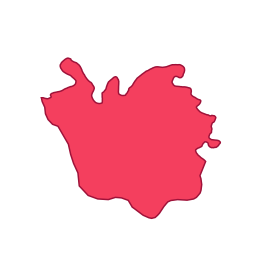 Junggang, Chagang-do, North Korea, rotated 20°
{"feature_id": "82179303B78642437827574", "entity_name": "Junggang", "entity_type": "district", "adm_level": 2, "iso_a3": "PRK", "parent_name": "North Korea", "parent_adm1": "Chagang-do", "projection": "robinson", "projection_center": [126.877, 41.668], "detail": "fine", "context": "isolated", "style": "filled", "palette": "rose", "viewbox_px": 256, "rotation_deg": 20, "n_neighbors": 0, "source": "geoboundaries", "source_scale": "gbopen_adm2", "svg_char_len": 5708}
<svg xmlns="http://www.w3.org/2000/svg" viewBox="0 0 256 256"><g transform="rotate(20 128 128)"><path d="M159.2,201.0L159.9,201.1L172.1,204.8L178.4,205.2L181.1,204.8L184.1,202.8L185.6,200.0L186.7,197.3L188.6,189.4L190.6,183.9L193.0,181.5L199.1,178.3L208.2,175.6L214.0,172.2L216.0,169.8L217.1,167.0L218.0,164.4L217.9,161.6L216.6,155.9L213.8,150.6L211.9,148.2L212.4,132.9L211.1,132.2L209.5,131.6L206.7,130.9L204.9,130.1L203.6,129.7L202.6,129.2L202.2,128.8L201.5,128.5L200.7,127.9L200.0,127.1L199.5,126.6L199.4,126.4L199.2,125.8L199.1,125.2L199.9,123.9L200.6,123.0L201.7,122.1L202.8,120.9L203.3,120.4L203.6,120.0L203.6,119.4L203.6,119.0L203.8,117.7L203.8,117.3L203.9,116.8L204.3,116.2L204.4,115.9L204.7,115.1L204.9,114.8L205.5,114.6L205.8,114.4L206.2,114.3L207.1,114.4L207.9,114.6L208.6,115.0L208.9,115.7L209.4,116.5L209.8,116.9L210.2,117.2L211.2,117.7L212.2,117.9L213.3,117.9L214.2,117.5L215.1,117.3L215.5,117.0L215.9,116.8L216.2,116.5L217.0,116.2L217.4,116.0L217.7,115.7L218.5,114.4L218.7,114.0L218.9,113.7L219.1,113.0L219.1,112.6L219.2,112.2L219.5,111.5L219.7,110.9L219.8,110.5L219.7,110.1L219.6,109.8L218.9,109.3L218.2,109.0L217.9,109.0L217.2,108.9L215.7,109.1L215.0,109.3L214.6,109.4L213.4,109.7L211.6,110.1L210.8,110.3L210.2,110.4L209.0,110.1L208.1,109.9L207.5,109.4L207.3,109.2L207.0,108.5L206.9,108.1L207.0,107.7L206.9,107.3L207.0,105.6L207.3,104.9L207.7,104.3L207.8,103.9L207.9,103.4L207.4,102.0L207.3,100.7L207.0,99.9L206.8,99.6L206.6,99.3L206.2,98.9L205.9,98.4L205.7,98.1L205.5,97.0L205.5,95.8L205.4,95.2L205.6,94.3L205.8,93.9L206.1,93.6L206.4,93.4L206.6,93.0L206.8,92.6L207.0,91.3L207.0,90.8L207.0,88.5L206.9,88.1L206.6,87.8L206.2,87.5L205.5,87.2L205.1,87.0L202.4,87.5L202.2,87.8L201.9,88.1L201.3,88.4L200.9,88.5L200.0,88.5L199.2,88.3L198.6,88.3L197.7,88.6L197.3,88.6L192.0,88.5L190.8,88.3L190.3,88.2L188.9,87.6L187.1,86.7L185.9,85.9L185.4,85.4L185.2,85.1L185.1,84.9L185.3,84.1L186.0,82.8L186.3,82.5L186.9,81.2L187.0,80.9L187.1,80.4L187.3,79.7L187.3,79.3L187.3,78.5L187.1,77.6L186.8,77.3L186.2,77.0L183.9,77.1L182.6,76.9L180.3,76.3L178.7,76.2L177.3,75.8L176.5,75.4L176.0,75.0L175.6,74.5L175.4,74.1L174.9,71.7L174.2,70.5L174.0,70.1L173.5,69.7L173.0,69.5L172.5,69.3L170.7,69.5L170.2,69.5L168.5,69.7L166.8,70.1L166.1,70.4L165.3,70.7L164.4,70.9L164.1,70.9L163.2,71.2L161.8,71.5L158.9,72.3L158.1,72.4L157.4,72.5L156.9,72.3L155.7,71.8L155.5,71.5L155.1,71.2L154.0,70.4L153.8,69.9L153.6,69.6L153.5,68.1L153.6,67.8L153.6,67.2L153.7,65.3L153.9,64.7L154.1,64.1L154.5,63.6L155.0,63.3L155.3,63.1L156.1,62.9L156.7,62.8L157.4,62.9L158.6,63.1L159.0,63.1L160.0,62.8L160.3,62.7L160.9,62.2L161.1,61.8L161.6,60.7L161.7,60.2L161.7,59.5L161.5,58.1L161.7,57.0L161.7,56.4L161.6,55.4L161.4,54.3L160.8,53.0L160.2,52.2L159.9,52.0L159.4,51.7L158.9,51.4L157.9,51.1L156.2,50.8L155.7,50.8L154.9,50.8L153.9,51.2L153.1,51.6L152.1,51.9L151.3,52.1L150.8,52.3L150.4,52.5L148.0,53.4L146.8,54.3L143.2,57.3L141.8,58.1L139.7,59.2L137.3,59.8L135.1,60.3L133.6,60.9L132.7,61.4L130.6,63.2L130.0,64.0L129.3,64.6L128.7,65.2L128.4,65.6L127.8,66.3L127.2,67.1L126.9,67.4L126.6,67.6L125.9,68.2L125.7,68.6L125.3,68.8L125.1,69.3L123.7,71.4L122.9,72.6L122.6,73.0L121.8,74.5L121.4,75.0L121.1,75.6L119.6,78.0L119.0,80.0L118.6,81.4L118.5,81.6L118.4,81.7L118.3,82.6L118.1,83.3L118.0,83.7L118.0,84.1L117.8,84.6L117.7,85.9L117.2,87.3L116.6,88.5L115.9,89.4L115.4,90.5L115.4,91.3L115.6,92.1L115.7,92.5L115.6,93.0L115.4,93.4L115.3,94.6L115.2,95.3L114.8,96.3L114.5,96.9L114.5,97.6L114.4,98.0L114.2,98.2L112.2,99.2L111.1,99.5L110.7,99.6L109.4,99.5L108.8,99.4L108.2,99.3L107.5,98.9L106.6,97.3L106.0,95.3L105.3,93.2L105.1,92.7L104.1,89.4L103.9,89.0L103.5,87.6L102.6,86.2L102.4,85.9L101.8,85.5L101.0,84.8L100.4,84.3L99.9,84.1L99.1,84.0L98.6,84.2L98.4,84.3L97.6,85.0L97.4,85.3L97.1,85.6L97.0,85.8L96.6,86.7L95.1,89.2L94.3,90.8L94.0,91.2L93.9,91.6L93.7,93.6L93.7,95.2L93.7,96.7L93.9,98.3L93.9,98.9L93.5,100.4L93.3,100.7L93.1,101.4L93.0,101.8L92.7,102.7L92.1,103.2L91.8,103.7L91.8,104.1L92.0,104.9L92.3,105.4L93.1,107.6L93.2,107.9L93.4,108.2L93.7,108.7L94.3,110.5L94.7,111.4L95.1,113.1L94.9,113.4L94.2,114.0L93.0,114.7L92.5,114.9L92.0,115.0L90.9,115.2L89.7,115.2L88.8,115.1L87.9,114.7L86.5,114.0L86.2,113.8L85.3,113.1L84.0,111.8L83.4,111.1L82.9,110.3L82.6,109.5L82.5,108.4L82.5,107.0L82.8,104.9L82.8,103.1L82.8,102.6L82.4,101.7L82.1,101.2L80.9,100.2L79.9,99.5L78.9,98.6L78.6,98.4L78.1,98.1L77.8,98.0L77.4,97.8L76.4,97.7L76.0,97.5L74.7,97.1L72.7,96.0L71.1,94.9L70.1,94.2L68.8,92.9L68.1,92.5L67.2,91.8L65.4,90.1L64.4,88.8L63.7,88.2L63.4,87.8L62.5,87.1L62.2,86.7L61.3,86.1L60.4,85.5L59.5,85.2L57.3,84.4L56.4,84.4L54.3,84.4L53.9,84.3L53.1,84.2L52.6,84.1L51.3,83.6L51.1,83.5L50.8,82.9L50.4,82.8L50.1,82.7L47.9,82.8L47.2,83.1L46.9,83.3L45.7,84.6L45.3,85.2L44.1,87.3L43.3,88.9L43.1,89.5L43.0,90.7L42.8,91.4L42.8,92.1L43.0,92.7L43.3,93.4L44.2,94.6L46.4,96.3L47.1,96.7L47.6,97.0L48.9,97.4L51.3,97.9L52.8,98.1L54.5,98.2L55.1,98.2L55.6,98.2L56.9,98.6L58.3,99.3L60.1,99.9L60.9,100.3L62.0,100.8L62.6,101.2L62.9,101.4L63.1,101.8L63.2,102.2L63.5,103.5L63.5,103.9L63.5,104.7L63.2,105.4L62.6,106.5L61.6,107.6L60.5,108.5L60.1,108.6L59.1,109.4L58.8,109.7L57.6,110.7L57.1,111.3L55.7,112.5L55.1,113.1L54.3,114.1L53.6,115.0L52.7,115.9L51.2,117.1L49.8,117.9L48.1,119.0L47.4,119.4L46.9,119.7L46.2,120.1L45.0,121.2L44.7,121.4L44.1,122.1L44.0,122.3L43.8,123.1L43.8,123.4L44.1,123.9L44.9,124.6L45.1,125.1L45.1,125.4L45.0,125.6L44.8,125.9L44.0,126.7L42.8,127.8L42.3,128.1L41.4,128.3L40.9,128.3L40.1,128.5L37.9,128.6L36.2,129.2L38.4,132.6L42.7,137.0L45.6,142.9L50.0,147.4L55.8,150.3L61.6,150.3L77.5,163.6L83.2,172.5L89.0,179.9L96.3,187.3L102.0,199.1L113.6,205.0L123.8,205.0L134.0,202.0L139.9,197.5L145.7,195.9L153.0,195.9L159.2,201.0Z" fill="#f43f5e" stroke="#9f1239" stroke-width="1.5"/></g></svg>